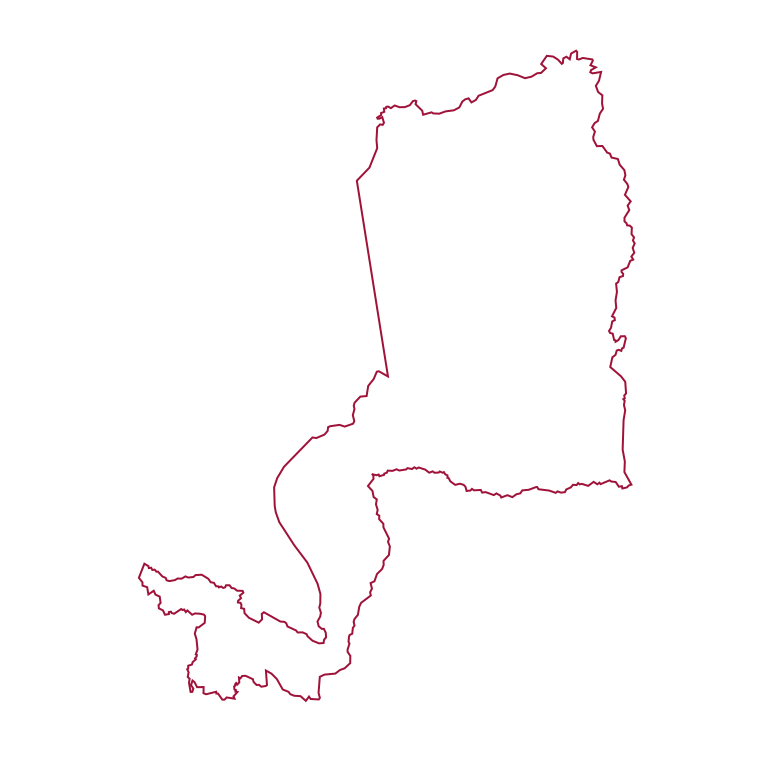 the district of Ipiales, Nariño, Colombia, rotated 262°
{"feature_id": "7082276B52108893597118", "entity_name": "Ipiales", "entity_type": "district", "adm_level": 2, "iso_a3": "COL", "parent_name": "Colombia", "parent_adm1": "Nariño", "projection": "orthographic", "projection_center": [-77.531, 0.632], "detail": "fine", "context": "isolated", "style": "outline", "palette": "rose", "viewbox_px": 768, "rotation_deg": 262, "n_neighbors": 0, "source": "geoboundaries", "source_scale": "gbopen_adm2", "svg_char_len": 6149}
<svg xmlns="http://www.w3.org/2000/svg" viewBox="0 0 768 768"><g transform="rotate(262 384 384)"><path d="M226.2,114.3L221.2,117.2L218.0,116.8L215.7,121.2L208.4,121.4L211.3,127.2L207.2,128.4L204.7,132.3L198.3,132.3L196.3,129.9L193.1,129.9L190.6,133.6L186.0,135.0L186.1,139.0L188.1,139.2L188.2,141.3L186.8,141.8L185.7,144.2L189.4,151.9L188.2,153.0L188.5,154.7L185.7,156.0L187.1,157.8L182.2,161.9L183.1,165.0L182.1,169.8L180.7,173.6L179.0,174.6L172.4,173.2L168.7,166.5L169.2,164.6L163.2,161.9L157.4,162.8L147.0,162.4L142.5,160.0L141.7,161.0L140.2,160.5L138.6,158.7L137.6,159.4L135.3,155.9L132.9,154.7L132.3,150.9L129.4,150.5L128.9,149.4L125.7,150.4L121.2,148.9L119.1,150.5L115.3,149.3L106.0,149.6L105.8,151.3L108.9,152.8L112.7,151.0L117.0,153.1L115.1,154.9L109.8,156.7L109.0,163.2L102.9,162.2L101.5,164.7L102.6,174.9L100.8,174.9L100.6,176.5L93.9,180.0L93.6,182.1L95.5,184.6L93.2,192.2L95.6,191.5L99.4,196.0L100.1,194.1L101.5,194.8L102.2,193.4L105.4,193.5L106.2,195.1L107.3,194.8L108.5,196.0L106.9,197.1L108.7,199.2L113.5,199.5L112.5,200.9L114.6,202.9L114.3,206.3L109.9,213.1L107.1,213.4L103.7,215.9L103.5,218.3L101.3,220.4L101.4,224.8L102.1,226.2L116.7,227.2L112.8,232.3L106.8,236.8L95.6,241.2L92.5,246.6L89.9,248.0L87.8,251.6L86.5,257.9L81.1,262.5L84.9,266.2L82.3,267.5L80.7,275.5L82.1,276.8L87.3,276.2L103.0,279.7L104.5,284.7L104.0,295.5L106.9,300.6L107.9,305.4L112.3,311.7L119.5,312.8L123.7,310.7L125.9,310.9L131.8,313.7L133.7,313.0L138.7,314.2L140.3,315.1L141.1,317.8L146.8,319.2L148.9,321.2L152.6,320.8L155.4,322.1L159.0,326.0L166.9,328.5L170.5,330.9L176.4,341.5L179.8,341.3L183.0,343.6L188.7,343.0L190.0,347.1L196.8,350.6L201.1,356.4L204.9,358.5L208.9,358.9L214.0,365.1L222.3,367.2L227.2,366.0L230.1,367.5L242.1,363.5L245.7,363.9L250.8,360.4L254.2,361.0L256.2,358.7L260.2,360.2L266.0,359.3L270.7,360.8L273.5,358.0L279.7,357.7L285.2,353.9L291.5,360.4L295.1,360.7L296.5,359.4L294.7,363.8L295.1,366.1L293.3,366.6L294.0,371.4L295.2,371.8L295.8,374.5L297.7,375.6L296.8,380.4L297.8,384.5L296.2,387.1L296.3,394.0L297.4,395.6L295.9,399.9L297.3,402.5L295.6,404.5L296.5,406.7L293.5,412.9L289.9,416.4L290.7,420.1L289.1,421.6L288.7,425.9L289.6,427.0L287.9,429.9L288.4,431.1L286.0,432.1L284.7,434.1L282.2,433.8L282.1,434.8L278.3,436.2L274.2,440.5L274.7,445.2L273.1,448.8L270.8,450.4L266.6,450.9L266.5,454.8L267.9,456.5L266.2,458.3L265.6,465.1L262.8,466.1L262.8,469.6L258.7,477.3L260.0,480.1L257.3,483.7L255.3,484.3L256.7,490.7L254.1,495.4L256.4,499.8L256.7,503.7L259.4,506.1L259.1,512.6L260.8,520.3L260.6,521.4L258.3,522.3L255.5,532.7L252.3,538.9L253.5,540.8L251.8,544.2L251.7,548.1L254.2,549.8L255.6,554.5L257.9,557.2L257.1,560.7L258.9,562.5L257.4,563.8L257.5,566.2L254.7,572.0L257.9,578.0L255.0,581.3L256.3,583.6L254.7,584.5L257.2,594.0L255.8,595.5L254.7,599.8L249.6,602.3L249.7,605.3L247.4,605.5L247.8,610.2L249.5,612.4L249.9,615.0L263.3,609.8L273.7,611.7L285.8,611.2L314.8,616.2L324.4,619.2L329.8,618.7L333.9,620.0L335.7,618.9L336.3,620.4L339.2,620.3L341.0,622.4L352.6,623.2L358.6,619.8L369.3,610.4L378.7,613.9L380.6,617.3L384.7,619.1L385.2,621.1L383.8,623.6L386.1,624.6L386.6,626.3L395.7,629.9L397.8,629.1L398.3,625.2L394.9,622.3L393.6,619.2L395.1,619.2L395.6,618.0L402.0,617.5L403.1,615.0L405.2,614.2L408.2,616.7L414.2,618.7L415.1,621.5L417.7,621.5L419.3,619.2L427.0,624.6L434.5,624.9L442.8,627.5L451.1,627.8L452.4,630.2L457.0,632.1L457.7,635.7L459.8,636.2L461.9,634.8L463.5,635.1L465.6,641.5L471.7,645.0L472.5,648.1L475.8,646.7L479.1,650.1L484.2,649.2L488.3,651.8L491.5,650.5L494.4,652.0L497.9,650.0L504.4,651.2L506.6,649.5L507.3,646.8L509.3,646.6L511.6,644.8L515.2,645.3L522.1,651.1L526.8,650.1L530.5,653.7L537.8,648.9L545.1,653.4L548.3,652.8L552.9,650.0L557.1,652.1L562.3,651.8L568.4,647.9L574.3,646.9L576.6,640.8L580.7,639.8L582.1,637.2L589.3,633.4L589.9,627.9L596.7,625.4L599.6,625.6L604.6,628.0L609.2,625.8L613.0,628.8L614.7,632.4L621.8,635.4L626.0,639.2L631.6,639.0L639.5,640.4L643.3,636.7L649.8,635.3L654.4,639.1L662.8,642.4L662.6,633.7L664.0,631.7L666.0,632.7L668.1,637.8L670.9,632.8L675.1,635.8L676.4,635.5L679.2,626.2L678.2,622.1L679.0,620.4L685.9,621.5L687.3,620.6L685.2,615.3L679.7,613.1L682.7,610.2L681.5,606.9L676.8,605.7L676.3,604.6L680.9,601.5L684.7,597.1L686.3,590.9L679.0,584.2L674.1,588.3L670.2,582.8L670.4,578.9L667.8,572.9L667.2,566.2L671.1,559.5L673.9,551.8L673.4,545.2L670.9,539.0L663.1,535.6L659.9,532.5L656.3,517.8L652.5,514.5L650.7,509.8L655.1,507.5L654.6,504.1L652.8,500.9L647.4,497.1L645.3,491.3L645.4,483.0L644.0,476.3L645.1,470.4L646.4,468.9L645.2,460.2L649.3,459.9L656.7,454.2L659.6,455.4L660.4,454.2L660.1,452.0L656.5,448.4L655.3,443.2L655.9,438.0L658.3,433.3L656.2,429.2L658.2,426.6L658.1,424.8L656.8,424.3L656.8,422.2L653.5,422.2L652.7,418.8L650.7,418.6L648.8,414.3L647.6,414.6L647.4,416.5L648.5,419.4L642.7,420.3L640.8,418.8L641.6,416.3L639.1,413.0L626.6,410.5L618.5,410.1L600.3,399.7L589.1,385.4L390.9,389.0L397.3,380.7L397.2,378.6L390.4,374.5L384.3,368.1L374.5,365.1L374.8,358.8L369.6,352.3L366.7,351.0L363.4,351.3L357.5,348.8L351.2,349.4L349.0,347.8L347.3,339.2L349.7,334.3L349.7,325.1L349.1,322.7L345.3,321.6L342.2,318.0L339.9,309.5L341.0,305.7L316.0,273.5L305.6,265.1L296.9,260.8L278.4,258.8L271.9,259.0L261.7,261.1L236.8,272.7L217.9,283.2L195.5,290.4L185.0,291.8L175.7,290.4L171.6,288.8L166.3,289.7L162.5,288.4L158.1,285.1L153.2,285.6L150.2,288.3L149.9,290.4L145.8,291.7L141.2,291.4L139.2,289.1L135.9,288.1L136.2,283.6L139.8,277.4L144.8,273.2L147.0,272.6L149.3,269.0L150.0,263.9L152.2,262.6L157.3,254.7L160.7,253.9L162.3,252.3L163.2,248.3L174.7,233.3L173.4,231.0L167.9,230.5L165.1,226.7L171.3,217.7L176.5,214.0L180.8,214.2L182.0,211.3L185.0,212.1L187.2,211.5L188.0,208.9L189.7,209.4L191.8,212.6L194.5,211.7L196.9,215.7L198.8,215.2L199.8,209.7L202.3,207.4L203.2,204.7L206.2,203.0L206.7,199.6L204.8,198.4L204.4,196.4L206.1,194.6L205.6,192.2L206.6,192.0L207.1,189.5L210.8,187.9L211.8,184.8L215.6,182.9L220.5,176.9L221.0,170.8L219.4,168.4L219.6,163.1L221.1,160.6L219.4,156.5L220.1,152.5L218.9,149.7L218.7,144.0L219.9,141.4L222.4,140.8L224.2,137.8L229.7,134.0L229.8,132.5L232.1,131.1L232.1,128.7L234.4,127.9L234.4,125.5L236.4,125.4L239.4,121.7L226.2,114.3Z" fill="none" stroke="#9f1239" stroke-width="2"/></g></svg>